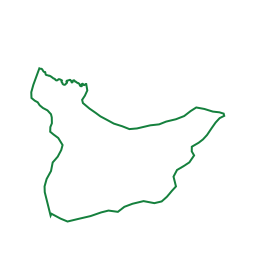 Pochon, Ryanggang, North Korea, rotated 76°
{"feature_id": "82179303B51146356154870", "entity_name": "Pochon", "entity_type": "district", "adm_level": 2, "iso_a3": "PRK", "parent_name": "North Korea", "parent_adm1": "Ryanggang", "projection": "mercator", "projection_center": [128.323, 41.648], "detail": "fine", "context": "isolated", "style": "outline", "palette": "green", "viewbox_px": 256, "rotation_deg": 76, "n_neighbors": 0, "source": "geoboundaries", "source_scale": "gbopen_adm2", "svg_char_len": 4153}
<svg xmlns="http://www.w3.org/2000/svg" viewBox="0 0 256 256"><g transform="rotate(76 128 128)"><path d="M78.9,211.9L81.2,209.4L84.6,208.2L88.0,205.7L91.4,201.9L96.0,199.4L99.3,199.4L105.0,200.7L108.3,203.1L112.8,204.4L116.2,201.9L120.8,198.1L128.7,195.6L133.2,198.1L138.8,203.1L143.2,209.4L151.1,213.1L157.8,219.3L164.5,223.1L170.1,224.3L181.4,224.3L194.3,224.3L192.7,223.0L199.5,215.5L204.1,209.3L204.2,198.1L204.4,185.6L203.4,174.4L203.4,166.9L206.9,158.1L203.6,150.6L202.6,141.9L202.7,130.6L207.3,120.6L207.4,113.1L204.1,106.8L199.6,100.6L196.3,95.6L190.7,95.6L186.2,95.6L180.6,90.6L178.4,83.1L176.2,76.8L170.6,70.5L166.1,71.8L161.6,70.6L159.4,63.0L157.2,58.0L153.9,53.0L148.3,46.8L143.9,41.7L140.6,36.7L139.8,33.2L139.5,31.7L137.2,31.7L134.9,35.5L132.6,41.7L128.0,49.3L124.6,56.8L126.7,63.1L130.0,70.6L131.1,79.4L131.0,89.4L132.0,96.9L130.8,105.7L130.7,113.2L130.6,119.4L129.4,126.9L124.9,133.2L120.3,140.7L115.7,145.7L110.0,152.0L105.5,155.7L99.8,160.7L92.9,165.7L89.6,165.7L86.2,162.0L81.7,158.4L75.2,157.9L75.1,158.1L75.1,158.3L75.1,158.5L75.3,158.9L75.3,159.0L75.5,159.3L75.7,159.7L75.8,159.9L75.8,160.0L75.7,160.3L75.6,160.5L75.4,160.8L75.2,160.9L75.1,161.0L74.9,161.1L74.7,161.1L74.3,161.1L74.2,161.2L74.2,161.3L74.1,161.5L74.2,161.9L74.2,162.1L74.3,162.3L74.4,162.5L74.5,162.6L74.8,162.7L75.0,162.7L75.4,162.7L75.6,162.7L75.8,162.7L76.0,162.7L76.2,162.8L76.2,163.0L76.1,163.3L76.1,163.5L75.8,163.9L75.6,164.1L75.3,164.3L75.1,164.4L74.9,164.4L74.7,164.4L74.4,164.4L74.2,164.4L73.9,164.5L73.7,164.5L73.3,164.7L73.1,164.8L72.9,164.9L72.8,165.0L72.7,165.2L72.5,165.3L72.5,165.5L72.3,165.6L72.2,165.9L72.1,166.0L71.9,166.3L71.7,166.5L71.3,166.7L71.2,166.8L71.0,167.0L70.9,167.1L70.7,167.2L70.7,167.3L70.5,167.5L70.4,167.7L70.3,167.8L70.2,168.0L69.8,168.2L69.7,168.2L69.5,168.3L69.4,168.3L69.1,168.5L68.9,168.6L68.7,168.8L68.7,169.0L68.6,169.4L68.6,169.6L68.7,169.8L68.8,169.9L68.9,170.0L69.0,170.1L69.3,170.2L69.4,170.3L69.6,170.4L69.8,170.5L70.0,170.6L70.2,170.9L70.2,171.0L70.2,171.3L70.1,171.6L69.8,171.7L69.7,171.7L69.3,171.7L69.2,171.7L68.8,171.7L68.7,171.7L68.4,171.8L68.2,171.9L68.1,172.1L67.8,172.2L67.7,172.3L67.4,172.4L67.3,172.6L67.3,172.8L67.2,173.0L67.2,173.4L67.3,173.6L67.3,173.8L67.4,174.0L67.4,174.4L67.4,174.8L67.4,175.0L67.3,175.3L67.3,175.6L67.4,175.9L67.5,176.1L67.7,176.3L67.8,176.4L68.0,176.5L68.3,176.4L68.5,176.3L68.5,176.2L68.8,176.1L69.1,176.2L69.3,176.3L69.5,176.5L69.7,176.8L69.8,177.1L69.8,177.3L70.0,177.5L70.3,177.8L70.5,178.1L70.6,178.3L70.7,178.5L70.7,178.9L70.7,179.1L70.6,179.3L70.6,179.5L70.4,179.8L70.2,180.1L69.9,180.4L69.7,180.5L69.4,180.7L69.2,180.8L68.9,180.8L68.7,180.8L68.3,180.8L68.2,180.9L67.9,181.0L67.7,181.0L67.4,181.2L67.2,181.3L66.8,181.3L66.7,181.2L66.4,181.1L66.2,181.0L66.1,180.8L65.9,180.8L65.8,180.7L65.7,180.8L65.4,181.1L65.2,181.4L65.0,181.5L64.9,181.7L64.7,181.9L64.5,182.1L64.3,182.4L64.2,182.6L64.1,182.8L64.0,183.0L63.9,183.2L63.9,183.4L64.0,183.5L64.0,183.8L64.1,184.0L64.3,184.3L64.4,184.5L64.5,184.9L64.6,185.1L64.6,185.3L64.6,185.6L64.5,185.8L64.4,186.1L64.2,186.2L64.1,186.3L64.0,186.5L63.9,186.6L63.6,186.8L63.3,186.9L63.2,186.9L63.0,187.0L62.9,187.1L62.7,187.2L62.6,187.3L62.5,187.5L62.3,187.6L62.2,187.8L62.0,188.1L61.9,188.2L61.8,188.4L61.6,188.5L61.4,188.7L61.1,188.9L61.0,189.0L60.8,189.1L60.7,189.2L60.5,189.3L60.4,189.4L60.3,189.6L60.1,189.8L59.8,190.0L59.6,190.1L59.4,190.3L59.2,190.5L59.0,190.8L58.8,190.9L58.6,191.1L58.5,191.3L58.4,191.4L58.3,191.6L58.2,191.7L58.2,191.9L58.2,192.1L58.0,192.4L57.9,192.5L57.6,192.9L57.5,193.1L57.4,193.3L57.3,193.5L57.2,193.7L57.1,193.9L57.0,194.1L56.9,194.3L56.8,194.5L56.6,194.6L56.3,194.8L56.1,194.9L55.8,194.9L55.6,194.9L55.4,194.9L55.2,194.9L54.8,194.9L54.7,194.9L54.3,194.9L54.1,194.8L53.9,194.8L53.7,194.9L53.7,195.0L53.7,195.3L53.6,195.5L53.4,195.7L53.3,195.8L53.1,196.0L52.8,196.2L52.6,196.3L52.4,196.4L52.2,196.5L51.9,196.6L51.6,196.7L51.3,196.8L51.0,196.9L50.8,196.9L50.6,197.0L50.3,197.1L50.1,197.2L50.0,197.3L49.8,197.5L49.6,197.7L49.6,197.9L49.5,198.2L49.4,198.4L49.3,198.6L49.2,198.9L49.0,199.2L48.9,199.4L48.7,199.6L63.2,209.4L69.9,213.2L75.5,214.4L78.9,211.9Z" fill="none" stroke="#15803d" stroke-width="2"/></g></svg>